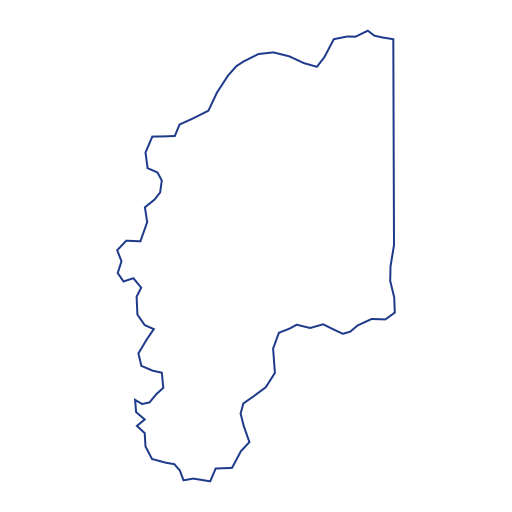 Ângulo, Paraná, Brazil (Equal Earth projection)
{"feature_id": "56859067B37092446381276", "entity_name": "Ângulo", "entity_type": "district", "adm_level": 2, "iso_a3": "BRA", "parent_name": "Brazil", "parent_adm1": "Paraná", "projection": "equal_earth", "projection_center": [-51.931, -23.197], "detail": "fine", "context": "isolated", "style": "outline", "palette": "blue", "viewbox_px": 512, "rotation_deg": 0, "n_neighbors": 0, "source": "geoboundaries", "source_scale": "gbopen_adm2", "svg_char_len": 1225}
<svg xmlns="http://www.w3.org/2000/svg" viewBox="0 0 512 512"><path d="M393.3,39.2L382.7,37.5L374.4,35.7L367.8,30.7L355.5,36.7L347.2,36.5L333.8,39.2L324.3,57.3L316.9,66.8L303.8,63.1L289.2,56.3L273.4,52.4L258.5,54.0L243.7,61.4L236.3,66.2L228.0,75.6L217.0,92.5L208.4,110.7L192.8,118.5L179.6,124.5L174.8,136.0L164.1,136.4L152.3,136.6L145.5,152.5L147.6,168.2L157.5,172.5L161.8,180.5L160.1,192.5L154.6,199.5L144.9,207.3L147.2,222.1L140.4,241.3L126.3,240.7L117.2,250.2L121.5,261.3L117.7,273.0L123.5,281.5L133.4,278.2L141.2,287.7L136.6,296.7L137.4,314.6L144.7,325.1L153.8,329.1L146.9,339.2L138.4,353.4L141.4,365.9L152.7,370.7L161.8,372.7L163.3,387.8L156.3,394.2L149.5,402.4L142.1,404.0L135.1,399.9L136.1,412.1L144.7,419.5L136.9,425.9L144.7,433.1L145.5,446.5L152.0,459.0L165.8,462.7L174.4,464.2L179.9,470.6L183.5,480.3L193.3,478.6L210.2,481.3L215.7,468.5L232.0,467.9L240.9,451.2L249.4,442.1L243.7,425.9L240.6,413.5L243.4,403.4L253.2,396.6L265.8,387.2L274.9,372.9L273.1,348.6L278.9,332.8L290.0,328.4L296.7,324.7L310.1,328.0L323.2,324.3L332.8,329.1L342.8,333.8L350.2,331.7L357.7,325.4L371.6,319.0L385.4,319.4L394.8,312.6L394.2,297.3L390.2,280.9L390.5,266.6L394.0,245.0L393.3,39.2Z" fill="none" stroke="#1e3a8a" stroke-width="2"/></svg>